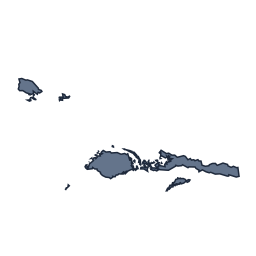 Kavieng District, New Ireland, Papua New Guinea, rotated 342°
{"feature_id": "67681753B13414924819531", "entity_name": "Kavieng District", "entity_type": "district", "adm_level": 2, "iso_a3": "PNG", "parent_name": "Papua New Guinea", "parent_adm1": "New Ireland", "projection": "mercator", "projection_center": [150.489, -2.205], "detail": "fine", "context": "isolated", "style": "filled", "palette": "slate", "viewbox_px": 256, "rotation_deg": 342, "n_neighbors": 0, "source": "geoboundaries", "source_scale": "gbopen_adm2", "svg_char_len": 6014}
<svg xmlns="http://www.w3.org/2000/svg" viewBox="0 0 256 256"><g transform="rotate(342 128 128)"><path d="M99.7,144.1L97.5,141.7L95.3,142.7L94.6,143.5L95.6,144.5L94.0,144.7L93.0,143.8L93.0,146.0L89.7,145.1L89.6,146.3L88.0,147.2L87.9,146.1L86.3,145.9L84.7,147.2L85.1,148.3L80.3,150.2L77.6,153.7L77.0,153.2L77.7,152.0L76.8,151.1L77.4,150.3L76.6,150.2L75.2,151.5L75.4,152.8L76.5,154.7L81.4,155.7L82.2,154.6L83.6,156.6L85.9,157.5L85.7,158.9L88.1,161.6L87.8,162.8L89.0,165.2L91.6,167.8L95.0,169.4L95.8,170.8L98.6,170.0L98.6,169.3L100.6,170.4L102.3,169.0L103.7,169.5L105.0,168.8L108.7,170.1L108.4,169.2L110.3,168.3L110.9,169.2L111.3,168.4L111.1,169.8L113.0,168.6L113.8,169.0L111.0,170.1L111.2,170.7L114.8,168.9L120.5,168.3L120.9,166.8L120.1,166.7L119.6,165.2L120.3,165.4L120.3,162.9L121.9,158.2L120.9,157.0L119.7,159.8L119.8,152.4L118.3,152.8L117.0,151.2L113.3,150.8L110.1,148.0L104.4,146.6L103.6,145.0L99.7,144.1ZM220.3,199.5L219.0,199.3L216.4,197.0L213.9,197.3L211.4,194.9L211.4,193.4L207.5,190.7L201.3,191.1L200.2,188.7L197.3,187.8L194.0,188.1L193.2,188.9L189.7,188.3L186.9,186.2L187.2,182.0L185.3,181.3L184.7,179.7L181.5,179.8L180.8,178.5L178.4,178.1L177.8,176.3L175.2,176.7L173.8,172.8L172.3,171.5L165.8,171.1L164.1,168.3L161.4,167.4L158.9,164.5L156.6,164.2L152.6,159.4L151.4,160.4L151.6,161.8L150.2,165.1L151.4,164.9L154.3,168.0L156.3,167.7L156.2,166.8L157.2,167.9L158.0,166.8L158.8,168.2L158.4,168.7L156.9,169.0L156.5,168.9L156.3,170.1L156.7,170.5L157.7,169.7L160.6,170.9L157.5,172.0L159.1,172.7L156.7,172.9L156.0,172.3L154.9,173.2L154.1,172.0L153.1,173.0L153.4,174.0L152.5,173.4L151.6,174.1L151.3,176.2L146.1,173.3L143.5,175.4L145.4,177.5L153.4,180.7L162.1,178.9L161.5,177.8L163.6,179.6L167.4,180.4L168.5,179.8L172.8,184.3L173.9,183.8L179.7,185.8L180.2,187.5L183.6,191.3L185.8,190.8L188.7,193.8L191.4,195.7L193.0,195.7L196.7,198.8L201.2,200.0L207.5,204.4L208.9,204.8L209.5,203.6L215.8,208.1L218.7,208.3L220.3,199.5ZM45.6,50.9L42.3,48.1L39.4,47.7L39.3,51.5L37.7,52.6L37.3,54.8L35.7,57.0L36.5,59.0L39.6,60.0L42.1,63.1L46.6,66.2L48.8,65.9L49.3,63.7L52.2,67.9L53.5,66.3L54.8,67.4L57.4,66.7L57.2,65.5L54.8,63.6L55.0,62.4L51.4,54.2L47.3,51.2L45.6,50.9ZM159.9,190.9L159.7,191.7L157.5,191.7L155.5,193.9L153.5,193.8L152.0,195.9L150.2,195.4L147.4,198.4L148.3,199.0L151.1,197.4L152.5,197.9L153.1,197.0L154.6,197.0L153.5,196.1L154.2,195.4L155.0,196.5L156.3,196.1L156.8,196.9L157.2,196.2L159.1,197.3L160.7,197.2L160.7,196.5L159.2,196.6L161.0,196.2L161.5,197.6L164.1,197.6L166.9,196.5L167.5,197.9L169.5,197.7L170.9,196.6L170.0,195.9L166.8,196.0L166.5,194.5L164.9,193.1L161.7,192.2L159.9,190.9ZM78.3,78.7L78.1,76.7L76.3,75.4L75.9,78.6L72.3,77.5L71.9,78.0L73.1,79.4L72.1,80.4L74.3,81.4L74.8,79.6L80.8,81.1L82.7,79.5L80.3,80.0L78.3,78.7ZM131.2,170.0L128.1,169.5L127.4,170.8L130.5,171.9L133.3,175.2L133.4,173.6L135.0,171.2L132.2,171.2L131.2,170.0ZM137.5,173.2L136.9,174.5L139.3,176.4L140.3,176.2L142.1,177.7L144.7,177.0L141.0,174.2L137.5,173.2ZM146.4,172.6L145.0,170.5L142.2,171.7L143.2,174.9L146.4,172.6ZM135.7,168.6L134.0,164.3L131.9,165.9L132.2,167.0L133.7,167.3L135.1,168.9L135.7,168.6ZM127.8,156.3L126.3,152.9L124.5,152.2L126.2,156.5L126.9,157.2L127.8,156.3ZM128.6,160.4L129.2,160.1L129.0,158.3L127.7,157.1L126.8,157.3L126.8,158.5L128.6,160.4ZM47.1,69.4L44.8,69.1L44.4,69.5L45.9,69.4L47.6,71.8L49.5,72.8L47.1,69.4ZM129.3,164.6L129.7,162.8L128.6,161.9L127.5,164.0L129.3,164.6ZM123.0,150.2L119.2,147.9L123.1,151.8L123.0,150.2ZM44.2,71.1L41.0,70.4L42.6,72.0L44.1,71.9L44.2,71.1ZM138.1,168.0L137.0,168.3L137.2,169.8L138.8,169.0L138.1,168.0ZM121.7,169.1L121.2,168.5L119.3,168.9L120.1,170.0L121.7,169.1ZM125.0,169.4L124.9,167.1L124.4,166.9L123.8,168.5L125.0,169.4ZM123.9,169.2L121.9,169.2L122.2,170.5L124.0,169.8L123.9,169.2ZM133.5,164.3L133.2,163.8L131.5,165.1L131.0,166.4L133.5,164.3ZM124.3,160.6L123.1,161.1L123.9,162.5L124.5,161.2L124.3,160.6ZM54.3,164.8L53.6,163.6L52.6,165.6L54.3,164.8ZM146.1,199.8L146.8,198.9L146.7,197.9L145.1,199.6L146.1,199.8ZM123.9,151.0L123.3,152.0L124.1,152.7L124.5,151.4L123.9,151.0ZM141.2,169.1L142.4,169.1L142.1,168.3L141.2,169.1ZM108.3,141.6L108.5,140.8L107.7,140.1L107.3,140.8L108.3,141.6ZM128.5,166.9L128.8,166.0L128.4,165.4L127.9,166.1L128.5,166.9ZM146.5,171.2L147.0,170.7L146.0,170.2L145.9,170.6L146.5,171.2ZM157.0,170.5L158.4,170.4L157.7,169.9L157.0,170.5ZM136.8,167.0L137.8,165.5L137.8,165.4L136.7,166.2L136.8,167.0ZM146.1,168.4L146.1,167.7L145.5,167.5L145.3,168.3L146.1,168.4ZM47.6,68.6L49.2,67.5L48.9,67.0L47.6,68.6ZM137.9,170.4L137.2,171.1L138.0,171.0L137.9,170.4ZM129.6,166.6L130.8,166.7L129.6,166.6ZM119.0,147.9L118.4,147.0L117.5,146.7L118.1,147.5L119.0,147.9ZM44.5,65.3L43.6,65.2L44.6,65.9L44.5,65.3ZM132.1,168.7L132.4,168.0L132.1,167.7L131.6,168.2L132.1,168.7ZM150.6,161.9L150.9,160.9L150.7,160.7L150.1,161.2L150.6,161.9ZM90.5,142.1L91.4,142.5L91.5,142.2L90.5,142.1ZM121.8,163.5L121.6,162.6L121.0,163.4L121.8,163.5ZM89.6,143.9L89.1,143.5L88.5,143.6L88.9,144.1L89.6,143.9ZM137.7,172.6L138.5,172.7L138.3,172.2L137.7,172.6ZM121.2,166.5L121.3,165.8L120.7,165.6L120.6,166.0L121.2,166.5ZM132.7,170.4L133.0,169.9L132.8,169.5L132.3,169.7L132.7,170.4ZM149.0,167.0L149.7,167.1L149.2,166.4L149.0,167.0ZM162.6,192.3L162.2,191.8L161.5,192.0L162.6,192.3ZM135.5,170.4L136.1,170.1L135.7,169.9L135.5,170.4ZM50.6,166.6L51.4,166.1L51.5,165.9L50.8,165.9L50.6,166.6ZM109.6,169.7L109.4,169.1L108.8,169.7L108.9,169.8L109.6,169.7ZM155.2,197.1L155.7,196.6L155.1,196.7L155.2,197.1ZM148.7,172.0L149.3,172.0L149.1,171.4L148.7,172.0ZM50.2,166.9L49.2,166.6L49.9,167.2L50.2,166.9ZM145.1,168.2L144.9,167.6L144.3,167.4L144.3,167.5L145.1,168.2ZM83.6,145.6L84.1,145.7L84.2,145.4L83.6,145.6ZM156.9,168.7L158.0,168.5L158.1,168.4L156.9,168.7ZM71.4,80.7L72.0,80.4L71.5,80.0L71.4,80.7ZM80.1,148.3L80.9,148.2L80.1,148.3ZM182.0,191.6L182.6,191.3L182.0,191.2L182.0,191.6ZM157.5,197.1L157.2,197.3L158.1,197.0L157.5,197.1ZM139.9,168.6L140.4,168.6L140.0,168.3L139.9,168.6ZM129.4,161.0L129.2,160.4L128.7,160.6L129.4,161.0ZM92.9,141.1L93.4,140.8L92.8,140.9L92.9,141.1Z" fill="#64748b" stroke="#1e293b" stroke-width="1.5"/></g></svg>